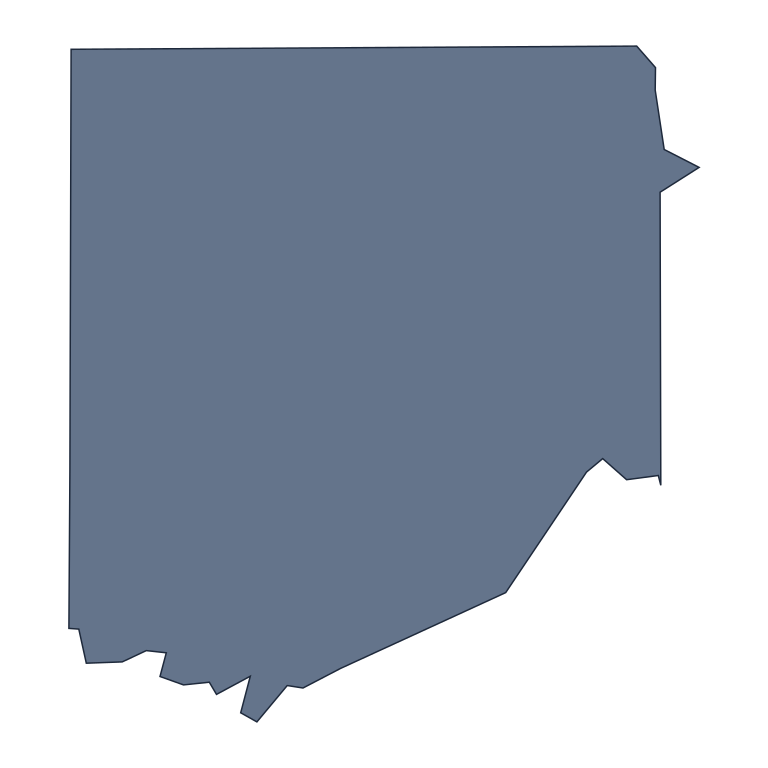 the district of Upshur, Texas, United States of America
{"feature_id": "52423323B81614927564615", "entity_name": "Upshur", "entity_type": "district", "adm_level": 2, "iso_a3": "USA", "parent_name": "United States of America", "parent_adm1": "Texas", "projection": "equal_earth", "projection_center": [-94.917, 32.71], "detail": "fine", "context": "isolated", "style": "filled", "palette": "slate", "viewbox_px": 768, "rotation_deg": 0, "n_neighbors": 0, "source": "geoboundaries", "source_scale": "gbopen_adm2", "svg_char_len": 519}
<svg xmlns="http://www.w3.org/2000/svg" viewBox="0 0 768 768"><path d="M660.8,485.3L660.2,240.0L660.1,192.2L699.1,167.4L664.2,149.5L655.2,90.1L655.5,67.6L636.7,46.1L71.1,49.3L69.9,470.1L68.9,628.4L78.8,629.1L86.3,663.2L122.2,661.9L146.3,650.6L166.3,652.8L160.0,676.5L183.5,684.9L209.3,682.2L216.5,694.4L250.3,676.2L240.7,712.8L256.9,721.9L287.1,685.7L287.6,685.6L303.0,688.0L340.6,668.4L505.7,592.6L586.5,472.1L602.7,458.6L626.6,479.7L658.3,475.5L660.8,485.3Z" fill="#64748b" stroke="#1e293b" stroke-width="1.5"/></svg>